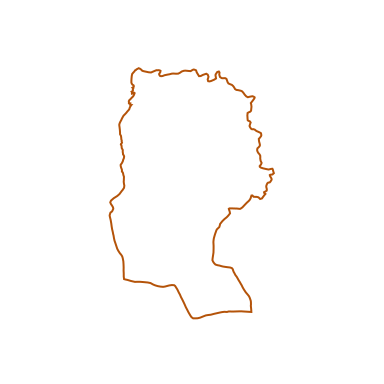 outline of Sithor Kandal, Prey Vêng, Cambodia, rotated 55°
{"feature_id": "14789045B29604176056880", "entity_name": "Sithor Kandal", "entity_type": "district", "adm_level": 2, "iso_a3": "KHM", "parent_name": "Cambodia", "parent_adm1": "Prey Vêng", "projection": "natural_earth1", "projection_center": [105.355, 11.775], "detail": "fine", "context": "isolated", "style": "outline", "palette": "amber", "viewbox_px": 384, "rotation_deg": 55, "n_neighbors": 0, "source": "geoboundaries", "source_scale": "gbopen_adm2", "svg_char_len": 5709}
<svg xmlns="http://www.w3.org/2000/svg" viewBox="0 0 384 384"><g transform="rotate(55 192 192)"><path d="M94.2,119.2L93.2,119.8L92.5,120.6L92.3,121.8L92.2,123.8L90.7,125.6L88.8,127.8L88.0,129.2L87.4,131.3L87.4,133.6L87.1,135.5L85.9,137.3L84.3,139.3L83.5,140.6L82.7,142.8L81.9,144.5L80.6,147.5L80.1,149.6L79.4,150.9L78.6,151.6L77.4,151.6L76.5,151.3L75.6,149.2L74.7,148.3L74.0,148.6L73.1,149.4L72.7,150.0L72.4,150.6L71.8,151.3L71.3,153.6L70.6,157.0L69.1,158.8L67.8,160.0L66.3,161.4L65.3,162.3L64.2,163.2L63.3,163.3L62.4,163.5L61.8,163.7L61.2,163.9L60.0,164.7L59.9,166.0L59.7,167.1L59.9,167.9L59.7,168.9L60.2,170.0L60.5,171.5L61.0,173.3L62.4,174.8L64.4,176.5L65.8,177.6L67.6,178.9L68.7,179.2L69.9,179.2L71.1,178.7L71.9,178.9L72.3,179.4L72.4,180.9L73.3,180.5L74.0,181.6L74.9,182.1L75.2,182.8L75.2,183.7L76.3,183.3L76.3,184.4L77.0,184.8L77.4,183.7L77.5,182.5L78.1,182.3L79.2,183.9L79.9,185.4L80.2,187.2L80.7,189.5L80.8,190.6L81.4,191.7L82.5,192.3L83.1,192.8L83.7,192.7L84.1,191.7L85.0,192.3L85.5,192.7L86.0,191.9L86.4,193.1L87.2,194.6L88.2,195.9L88.5,196.8L89.0,199.0L89.4,200.2L89.9,202.5L90.2,204.3L91.6,207.2L92.4,208.5L93.4,210.5L94.3,212.0L95.3,213.1L96.8,213.9L97.6,214.3L99.8,215.5L101.8,216.7L103.4,217.8L105.3,218.0L106.5,218.6L107.4,219.1L108.0,219.5L108.7,219.8L109.5,220.0L110.2,220.6L111.4,221.0L111.8,221.9L111.9,222.6L112.4,223.1L113.1,223.0L113.7,223.2L114.4,223.6L115.6,224.3L116.7,224.5L117.4,224.5L118.0,224.7L118.8,225.3L119.5,225.8L120.6,226.3L121.6,226.9L122.6,226.9L123.8,227.1L124.5,227.7L125.3,228.5L126.2,230.0L126.9,230.7L127.3,231.4L127.8,232.2L128.3,233.3L128.7,234.7L129.6,235.4L131.4,236.1L132.7,236.4L133.7,236.7L135.1,237.7L136.1,237.5L137.0,237.7L138.8,238.5L140.5,239.0L142.2,240.3L142.9,240.8L144.5,242.1L146.2,243.0L148.0,243.8L149.6,245.3L150.6,247.8L150.8,248.7L151.1,249.6L152.1,252.6L152.4,255.5L152.2,259.7L152.6,263.3L153.6,264.9L155.3,265.3L157.3,265.3L159.3,265.5L160.6,266.1L161.9,268.3L162.1,269.0L162.1,270.6L163.4,272.3L164.1,273.0L165.5,273.6L168.3,274.7L171.3,276.1L174.4,277.7L176.7,278.8L178.0,279.3L179.7,280.0L181.2,280.7L182.6,281.2L185.3,282.5L187.5,283.4L189.6,284.0L192.6,284.9L195.6,285.8L198.0,286.1L201.0,286.2L202.6,286.0L204.7,286.1L205.3,286.3L206.5,286.7L209.4,288.0L211.7,289.4L214.5,291.2L217.1,293.1L219.5,294.6L222.1,296.4L223.4,297.1L224.4,297.6L225.5,296.7L227.0,295.3L229.8,293.1L232.8,290.4L235.5,286.4L237.8,283.6L240.7,280.2L242.8,278.2L245.1,277.1L246.3,276.4L247.5,275.6L249.5,274.0L251.5,272.0L253.1,270.1L254.0,268.3L254.5,266.9L255.5,264.2L256.7,261.8L258.1,260.1L259.3,259.7L261.1,259.8L263.3,259.9L265.2,260.2L266.9,260.5L269.0,260.7L271.8,261.3L274.3,261.6L277.5,262.1L280.3,262.6L282.7,263.1L285.9,263.5L288.6,263.9L292.4,264.2L294.3,264.2L296.2,263.5L297.7,261.3L298.7,259.7L299.6,257.4L300.3,254.4L301.0,251.5L301.9,249.6L303.3,247.0L304.5,243.7L305.5,241.3L306.6,238.6L307.5,236.5L308.7,234.2L310.3,232.2L310.9,230.5L311.6,229.5L313.5,226.9L316.3,222.6L317.9,220.2L319.6,218.1L324.3,212.2L322.9,211.3L320.8,210.1L319.0,209.1L317.8,208.1L316.0,206.9L314.9,206.3L312.9,205.7L311.8,205.4L310.1,205.1L308.2,205.2L305.0,205.5L301.6,205.4L299.2,205.2L296.8,204.8L295.1,204.7L293.3,204.5L291.1,204.4L289.2,204.2L287.1,204.0L285.0,204.1L282.8,203.8L281.4,203.7L279.8,203.3L278.8,202.9L277.2,203.0L275.7,204.1L274.1,205.9L272.9,207.2L271.1,209.1L269.9,210.2L268.0,211.7L266.7,213.0L264.9,214.4L263.1,214.7L261.4,214.7L259.6,214.4L258.2,213.2L256.1,211.2L254.0,209.2L250.9,206.9L248.5,205.2L245.3,203.2L244.1,202.2L242.6,200.8L241.5,199.5L239.9,197.5L238.8,196.0L238.4,195.4L237.5,194.2L236.9,193.1L236.6,191.3L236.4,189.8L235.4,188.5L234.3,187.3L233.3,183.9L232.8,181.0L232.6,178.1L232.3,176.5L231.8,174.6L231.3,173.1L229.5,172.3L227.7,171.8L226.9,171.5L226.9,170.7L228.1,169.0L229.4,167.3L231.4,164.6L233.1,162.7L233.5,162.0L233.5,159.5L233.2,158.1L232.6,155.2L232.2,153.1L231.9,150.7L231.5,149.1L230.7,147.5L229.7,146.3L229.0,145.3L229.5,144.5L231.2,144.3L232.0,143.3L233.1,141.8L234.5,140.6L236.8,140.2L237.4,138.3L237.0,137.3L236.8,136.7L236.2,134.9L236.0,134.2L235.7,133.0L234.3,133.4L233.5,133.1L233.7,131.3L233.7,130.0L232.6,129.1L230.3,128.2L229.4,127.4L228.6,126.2L228.1,125.3L228.0,124.3L228.7,122.8L228.5,121.8L228.1,120.9L227.8,120.1L227.3,119.5L226.9,119.3L226.0,119.1L224.6,119.0L223.4,118.9L222.7,118.5L222.8,117.9L223.8,116.0L223.5,114.1L222.9,114.0L221.5,113.5L220.2,113.0L219.1,112.8L218.5,113.8L217.5,116.4L215.5,118.3L213.4,120.2L211.5,121.6L210.3,122.0L209.6,121.7L209.0,119.6L208.1,118.3L205.8,117.9L203.7,116.9L202.4,115.9L201.2,115.2L199.7,115.1L197.8,115.3L196.3,115.1L195.0,114.6L194.4,114.0L193.8,113.4L193.5,111.3L193.1,110.1L192.5,109.4L190.9,108.7L189.4,108.2L188.0,107.5L186.8,106.8L186.4,105.0L185.8,103.3L185.2,102.6L183.5,101.8L183.0,101.9L181.7,102.6L180.0,103.6L179.2,104.1L178.5,104.4L177.0,104.8L175.8,105.6L175.1,106.8L174.1,107.3L172.3,107.3L170.9,107.0L169.7,105.5L168.7,104.1L167.3,104.1L165.9,105.0L165.2,105.2L163.9,104.5L162.3,103.5L161.1,102.8L160.2,102.0L159.2,101.2L159.2,100.2L159.6,98.3L159.3,97.0L157.9,95.8L156.3,94.4L154.3,93.3L152.9,92.8L151.9,89.5L151.1,87.2L150.4,86.4L149.3,86.8L148.2,87.6L147.0,90.2L146.4,91.9L144.8,92.7L142.5,93.0L140.4,93.0L138.3,93.2L137.1,93.9L135.1,95.7L133.8,97.1L132.3,97.7L130.7,97.5L128.9,97.5L127.1,97.9L125.8,98.8L124.0,99.9L122.3,99.8L120.3,99.2L119.0,98.9L117.7,99.6L116.5,101.5L115.7,102.4L113.9,103.1L111.6,102.4L109.8,100.9L108.7,100.9L108.2,102.5L108.8,104.1L109.2,105.1L109.7,105.7L110.7,106.2L112.8,107.2L112.7,109.4L112.0,112.8L111.4,114.3L110.5,115.2L108.8,114.6L107.1,112.4L104.9,111.8L103.3,112.5L102.3,116.0L102.0,118.4L101.1,119.8L99.5,119.7L96.7,119.5L94.7,118.9L94.2,119.2Z" fill="none" stroke="#b45309" stroke-width="2"/></g></svg>